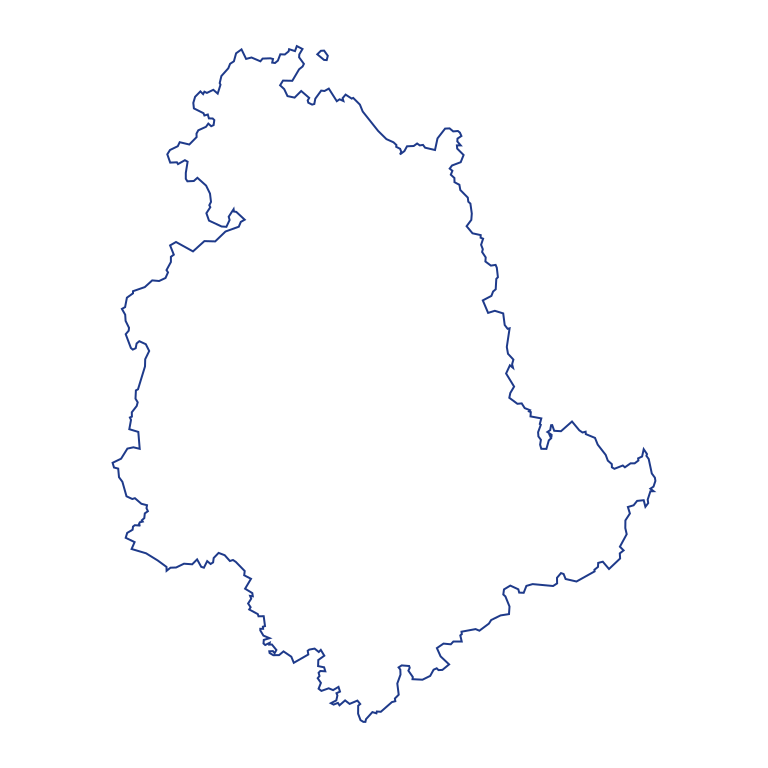 Umbria, Perugia, Italy (orthographic projection)
{"feature_id": "23120603B26790412086965", "entity_name": "Umbria", "entity_type": "district", "adm_level": 2, "iso_a3": "ITA", "parent_name": "Italy", "parent_adm1": "Perugia", "projection": "orthographic", "projection_center": [12.541, 42.991], "detail": "fine", "context": "isolated", "style": "outline", "palette": "blue", "viewbox_px": 768, "rotation_deg": 0, "n_neighbors": 0, "source": "geoboundaries", "source_scale": "gbopen_adm2", "svg_char_len": 6067}
<svg xmlns="http://www.w3.org/2000/svg" viewBox="0 0 768 768"><path d="M246.1,58.9L241.5,49.4L236.1,53.3L233.9,61.3L230.1,63.8L228.3,68.3L221.4,76.0L219.7,83.1L220.5,84.7L217.7,93.6L213.3,89.8L206.9,92.9L204.4,91.7L203.1,94.1L200.4,91.4L195.1,96.8L193.3,102.9L193.9,108.4L203.5,113.2L204.4,115.5L207.8,114.5L208.9,118.4L212.7,118.5L214.3,120.1L213.6,125.1L211.2,126.2L208.3,123.6L206.0,126.8L198.3,130.3L196.5,133.6L196.6,137.1L189.3,144.5L179.7,142.2L177.8,146.2L170.0,150.0L167.3,154.3L170.2,162.6L176.9,162.3L178.0,164.1L184.9,160.2L187.6,161.7L185.8,172.9L185.8,178.8L187.4,181.3L193.8,181.0L197.4,177.8L206.1,185.6L210.0,193.6L211.0,201.9L209.3,205.2L210.3,207.2L206.4,213.2L209.0,220.6L221.6,226.5L226.4,226.8L229.6,220.0L228.7,216.7L233.6,209.2L233.9,211.5L236.3,211.9L244.7,219.7L240.8,221.9L238.8,226.7L225.5,231.5L215.2,241.4L204.4,241.1L193.0,251.4L176.0,242.0L170.1,245.4L173.8,254.7L170.9,256.8L170.9,262.0L166.5,270.1L168.0,272.4L165.5,278.0L159.1,281.0L152.2,280.4L144.8,287.1L133.0,291.2L133.0,293.3L126.9,297.7L125.1,307.1L121.9,308.9L125.2,314.7L125.6,320.9L129.0,327.8L128.7,330.7L125.7,334.2L130.9,348.0L132.8,349.6L135.7,348.2L136.6,343.5L139.3,341.2L145.8,344.2L149.2,351.0L145.2,359.2L145.0,366.4L138.0,389.3L135.9,390.4L135.5,398.7L137.7,402.3L136.7,406.0L131.8,412.3L131.9,416.6L129.9,417.5L131.0,419.9L129.3,429.2L138.3,431.9L139.7,448.8L133.4,447.3L127.4,448.6L121.1,458.7L112.6,462.8L114.0,467.5L118.2,468.6L119.0,477.2L122.4,481.8L126.5,496.3L132.3,499.0L134.9,498.2L141.4,503.8L147.0,505.2L146.5,508.2L147.9,511.2L144.8,513.4L144.3,518.1L141.8,520.3L142.7,521.6L139.8,522.3L138.7,524.6L140.3,525.6L134.8,525.2L133.0,526.6L132.6,529.7L127.2,532.9L125.7,537.8L134.6,542.1L131.6,549.0L146.1,553.3L157.6,560.4L166.5,566.9L166.6,570.8L170.5,567.7L176.1,567.5L184.0,563.7L192.2,564.3L197.1,559.4L201.2,566.8L203.9,567.7L207.2,561.1L210.6,564.0L213.1,562.4L213.7,558.0L218.6,552.9L224.7,555.2L229.9,561.0L233.0,560.0L235.8,561.9L244.7,571.0L244.2,575.3L251.0,578.8L245.1,588.7L252.3,593.1L252.8,596.3L250.1,595.9L251.2,598.7L248.1,603.5L250.6,607.2L249.2,609.5L257.8,614.1L258.5,616.3L263.7,616.2L265.0,626.1L262.9,626.7L263.1,628.8L260.3,628.8L260.3,630.4L263.4,635.6L269.6,638.2L263.8,639.9L263.5,643.5L265.2,645.0L269.7,642.8L269.3,644.6L271.9,644.5L276.4,650.0L274.6,653.2L272.9,651.1L269.3,651.3L269.6,653.0L273.3,655.2L279.1,655.1L283.5,651.4L291.3,656.7L293.8,662.8L308.3,654.5L307.7,650.8L309.3,649.6L314.6,648.6L318.8,652.0L320.8,649.9L324.3,655.7L318.3,660.0L318.1,666.1L324.1,667.3L325.3,671.3L320.3,671.0L318.6,672.8L319.5,676.0L317.7,678.2L320.9,682.9L318.6,688.7L321.4,690.9L328.7,688.3L333.1,690.1L338.5,686.9L340.0,691.6L336.5,693.2L337.4,695.5L336.3,700.4L330.9,703.2L333.6,704.6L337.9,702.9L339.5,705.3L345.1,700.4L349.6,703.9L357.4,700.6L360.2,704.0L358.2,705.7L358.1,713.7L360.5,720.1L363.4,721.9L365.4,721.9L366.0,719.2L372.4,712.1L376.4,713.3L376.8,711.5L380.8,711.8L391.9,702.1L395.3,701.2L394.9,698.5L398.7,694.7L397.3,683.5L400.5,674.6L400.3,669.6L398.6,667.4L401.7,665.4L409.1,666.0L409.7,667.8L408.4,670.7L412.8,677.0L412.5,679.2L422.5,679.7L430.2,675.9L433.6,669.7L436.7,668.3L438.5,670.1L442.4,669.9L449.1,664.4L440.6,656.4L436.9,648.1L443.5,643.6L450.8,644.3L453.4,641.5L461.7,641.5L460.3,635.4L461.8,634.2L461.5,631.7L475.6,629.1L479.4,630.7L488.9,623.6L491.2,620.0L500.6,615.4L509.0,614.1L509.5,606.5L505.4,596.4L503.3,594.5L504.0,589.4L510.3,585.6L518.3,589.3L519.2,592.6L523.7,592.8L526.4,585.9L532.6,584.1L553.1,586.0L557.1,583.4L557.0,577.8L561.0,573.1L563.6,574.0L565.6,579.0L576.5,581.5L594.6,571.4L594.4,569.8L598.0,566.9L598.2,562.9L602.8,561.7L609.0,569.0L620.1,558.5L619.8,553.4L623.6,550.4L619.9,546.7L626.7,534.2L625.3,528.1L625.4,520.4L629.9,513.5L627.9,507.0L633.6,505.3L637.1,500.9L643.7,500.2L645.4,506.8L648.2,503.1L647.7,499.6L650.4,491.3L653.6,491.2L650.4,488.7L653.5,486.6L655.4,480.9L654.9,477.7L651.8,473.5L648.7,459.0L646.4,455.8L647.0,454.1L643.7,449.2L642.1,456.5L638.1,458.4L638.4,460.5L634.7,463.3L630.6,463.3L624.9,467.3L622.8,465.5L614.4,468.8L611.9,467.3L611.8,464.1L607.8,460.6L605.7,454.9L597.7,444.6L595.0,437.9L585.8,434.1L585.6,431.7L582.5,432.5L579.3,430.3L572.0,421.5L561.0,431.2L554.2,430.8L552.2,425.1L551.1,425.2L550.2,430.1L547.4,432.0L551.6,434.8L551.5,436.2L549.9,435.6L551.1,438.3L548.8,440.4L546.4,448.9L541.3,448.8L540.1,444.7L540.9,439.8L538.4,436.4L538.1,432.2L540.8,424.8L539.8,424.0L541.3,418.4L530.5,416.4L530.8,412.1L529.0,411.4L530.0,410.2L524.7,408.1L521.7,403.4L517.4,403.8L509.3,397.8L510.3,393.0L514.1,386.6L506.1,373.5L509.9,365.3L513.0,367.8L512.1,364.2L513.4,359.6L508.0,353.8L506.8,347.0L509.6,328.3L507.6,328.8L504.7,325.0L503.2,313.4L494.8,310.8L488.1,312.9L482.8,300.4L491.4,295.9L493.1,291.5L495.7,289.3L496.3,278.9L497.9,277.2L496.8,267.7L495.6,264.9L490.9,265.6L485.4,261.5L485.7,257.4L482.1,252.0L482.8,249.2L481.1,244.8L483.1,238.7L480.6,237.7L480.7,235.1L472.5,233.3L466.6,226.2L471.3,219.9L471.8,213.6L470.4,203.6L468.3,201.7L467.8,197.6L460.3,190.0L459.4,184.8L454.5,182.2L454.4,178.0L450.8,174.7L452.4,170.8L449.7,168.6L452.0,165.5L460.7,162.2L463.6,155.0L457.2,148.6L456.9,145.4L460.7,145.4L457.3,141.4L457.5,138.6L461.4,136.0L459.9,132.6L457.9,131.0L453.2,131.4L449.6,128.4L445.1,128.6L437.5,138.4L435.0,150.0L425.1,147.7L423.0,144.9L419.8,145.4L417.1,143.5L413.7,146.0L407.0,146.3L404.4,151.1L400.0,154.4L401.3,151.9L400.1,148.8L396.2,146.8L396.4,145.0L393.5,142.3L386.4,139.1L378.1,130.9L362.7,111.5L359.9,104.6L353.2,97.9L351.7,98.6L345.6,94.6L342.6,98.2L343.4,101.0L339.6,99.3L336.8,101.2L328.8,88.6L324.5,91.0L321.2,90.6L315.3,98.7L314.3,104.0L312.1,104.6L308.3,102.7L307.7,100.4L309.2,97.9L301.2,91.0L294.6,97.6L287.5,96.1L284.2,89.1L280.1,85.3L283.0,80.6L292.3,80.8L299.1,69.3L302.6,66.5L303.9,63.9L299.1,57.3L299.3,54.4L302.5,49.0L296.8,46.1L295.0,51.1L289.1,49.2L288.6,51.4L284.8,54.5L280.3,54.3L277.9,60.6L275.0,63.0L272.2,62.6L273.0,59.0L270.4,58.3L262.6,58.6L260.4,61.3L251.5,57.5L246.1,58.9ZM324.1,50.6L320.9,50.8L317.3,54.3L324.0,59.9L326.7,60.1L327.8,55.8L324.1,50.6Z" fill="none" stroke="#1e3a8a" stroke-width="2"/></svg>